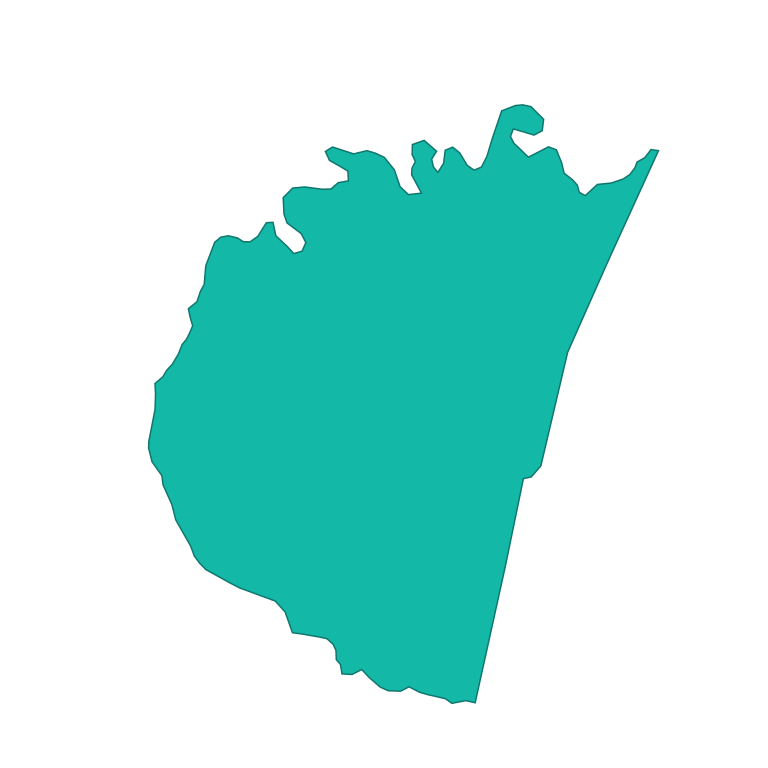 outline of Ouvidor, Goiás, Brazil, rotated 281°
{"feature_id": "56859067B74678386860853", "entity_name": "Ouvidor", "entity_type": "district", "adm_level": 2, "iso_a3": "BRA", "parent_name": "Brazil", "parent_adm1": "Goiás", "projection": "albers", "projection_center": [-47.713, -18.217], "detail": "fine", "context": "isolated", "style": "filled", "palette": "teal", "viewbox_px": 768, "rotation_deg": 281, "n_neighbors": 0, "source": "geoboundaries", "source_scale": "gbopen_adm2", "svg_char_len": 1969}
<svg xmlns="http://www.w3.org/2000/svg" viewBox="0 0 768 768"><g transform="rotate(281 384 384)"><path d="M674.6,447.4L645.1,443.4L627.1,441.6L615.6,438.3L611.1,431.7L614.5,424.0L625.4,414.1L629.6,406.2L625.1,399.5L611.9,400.4L602.0,396.5L606.5,391.1L613.9,387.9L622.5,391.2L630.8,376.9L624.5,366.2L614.6,367.8L608.5,372.3L601.1,370.3L594.6,371.2L578.5,384.4L574.6,371.9L580.7,362.2L596.3,353.2L606.5,341.1L608.9,331.7L609.8,322.8L604.1,310.3L606.8,288.3L601.1,282.1L593.1,287.8L589.2,299.5L586.1,307.9L576.6,310.3L572.9,300.7L565.3,294.7L563.4,286.3L562.3,268.5L558.9,257.0L547.7,249.5L531.7,253.4L523.6,258.1L515.7,274.2L507.9,280.3L498.7,278.2L494.8,270.5L500.1,263.4L508.9,249.5L521.5,244.2L519.9,237.8L504.8,231.9L498.1,225.5L496.8,218.8L499.4,212.3L499.8,202.9L497.0,195.8L490.9,190.8L466.2,186.5L447.4,188.5L440.4,186.2L429.1,184.7L420.6,177.6L412.1,181.2L404.6,185.1L396.8,183.4L390.3,181.6L384.2,178.3L374.4,176.5L362.7,172.3L356.4,168.3L348.8,165.5L340.8,159.1L330.8,161.6L315.3,164.1L301.7,164.1L282.6,164.1L276.1,165.2L263.3,171.2L251.6,183.5L242.9,186.3L225.2,198.8L210.9,205.5L187.8,225.3L179.0,230.6L173.1,237.0L167.8,244.6L159.3,270.8L156.2,281.5L150.2,318.6L141.4,330.4L122.4,341.6L123.0,352.6L123.1,360.1L123.3,369.0L123.1,376.6L118.7,383.8L113.3,387.7L104.3,389.8L100.3,394.8L91.4,398.1L92.8,408.1L99.5,416.6L93.2,425.2L85.7,438.2L83.7,446.7L85.7,459.0L91.5,466.3L88.2,477.8L87.4,486.4L86.8,504.4L83.5,511.5L88.8,524.7L88.5,534.3L220.6,537.7L229.7,537.9L317.7,538.9L320.9,546.3L333.5,553.6L450.1,558.2L542.2,579.3L554.0,582.1L665.4,608.9L665.1,601.4L655.9,596.8L650.2,590.1L644.0,589.0L636.6,585.4L630.9,579.7L624.7,568.9L620.6,555.4L607.3,545.6L609.5,539.0L615.9,536.0L620.3,530.3L625.3,520.6L635.3,516.0L646.8,508.5L648.2,500.2L638.6,488.1L634.2,482.4L640.1,473.5L645.1,465.5L651.2,460.9L659.1,462.3L657.0,483.8L662.8,491.0L674.3,490.2L684.3,475.3L684.5,466.9L682.4,459.8L674.6,447.4Z" fill="#14b8a6" stroke="#0f766e" stroke-width="1.5"/></g></svg>